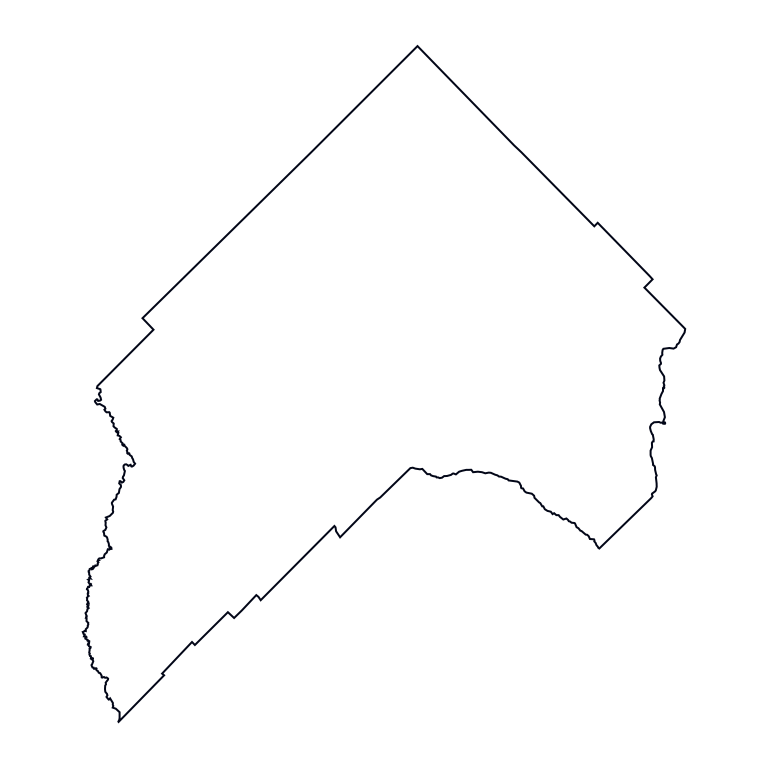 Coronel Pringles, Buenos Aires, Argentina
{"feature_id": "61730980B35069548895139", "entity_name": "Coronel Pringles", "entity_type": "district", "adm_level": 2, "iso_a3": "ARG", "parent_name": "Argentina", "parent_adm1": "Buenos Aires", "projection": "albers", "projection_center": [-61.45, -38.169], "detail": "fine", "context": "isolated", "style": "outline", "palette": "ink", "viewbox_px": 768, "rotation_deg": 0, "n_neighbors": 0, "source": "geoboundaries", "source_scale": "gbopen_adm2", "svg_char_len": 5974}
<svg xmlns="http://www.w3.org/2000/svg" viewBox="0 0 768 768"><path d="M685.2,328.9L644.4,287.6L652.6,279.3L649.5,275.9L597.7,222.8L594.3,226.3L521.2,152.1L514.1,145.4L417.5,46.1L311.6,151.9L142.5,318.2L153.5,329.7L97.4,386.1L96.9,388.1L100.3,389.2L100.5,389.8L100.7,392.1L99.3,393.2L98.9,394.4L100.6,397.6L101.1,399.8L100.3,400.5L98.6,400.9L98.1,400.9L97.4,399.4L96.7,399.3L94.9,401.1L95.3,402.2L97.2,404.5L99.8,404.0L104.7,406.8L105.4,408.7L104.4,409.7L105.5,411.4L106.6,412.3L109.3,412.2L109.7,412.6L110.2,415.9L113.3,417.7L112.7,419.5L111.6,421.1L111.9,421.9L113.7,423.5L113.5,426.3L114.8,427.6L116.8,428.9L116.8,430.0L115.8,431.1L116.1,431.6L118.0,431.5L117.4,432.5L118.3,432.8L117.7,435.4L119.4,435.9L120.9,437.3L119.7,439.1L120.6,440.0L120.7,441.5L122.6,443.3L122.2,444.2L122.5,445.1L123.2,445.6L123.6,444.7L124.3,444.7L124.6,445.8L126.8,448.0L127.4,449.2L126.8,450.7L127.2,451.2L127.3,453.3L128.0,453.8L128.9,453.2L129.3,453.4L129.7,454.9L131.7,456.4L132.4,458.5L133.0,459.2L133.7,461.9L135.1,463.7L133.5,465.7L131.9,466.6L131.3,466.4L130.6,464.8L128.3,465.9L127.6,465.1L126.2,464.3L124.8,464.5L123.8,465.4L123.5,466.1L123.6,467.9L124.2,469.9L124.9,471.0L123.9,475.5L123.1,476.5L122.7,478.0L124.3,480.3L123.3,481.9L121.9,482.6L120.5,481.2L119.7,481.2L119.2,483.4L120.8,485.0L121.0,486.2L120.9,487.1L119.5,489.1L118.9,492.9L116.7,494.7L116.5,496.9L115.6,499.4L114.1,499.7L111.9,502.7L111.9,503.7L113.1,506.6L112.7,510.1L113.2,511.6L112.9,512.8L109.7,516.0L105.9,517.5L107.2,519.4L105.4,520.7L105.4,521.8L105.7,522.5L105.5,525.3L106.4,527.4L105.3,529.9L103.4,531.1L103.3,531.7L104.0,532.9L104.3,535.6L106.5,536.7L107.1,537.6L107.7,539.8L107.6,541.3L108.3,542.1L108.9,544.1L108.9,545.8L111.3,547.6L111.5,548.9L110.9,549.0L110.2,547.7L109.5,547.5L109.7,548.7L109.3,549.6L107.8,549.3L106.8,552.5L104.7,554.3L104.1,555.9L104.1,557.3L101.0,558.4L99.3,558.4L98.5,559.1L98.0,560.1L98.6,560.4L97.9,560.7L97.5,561.4L98.4,562.4L97.7,563.4L97.8,564.2L97.5,564.9L98.3,565.4L97.4,565.2L95.6,566.0L95.2,565.6L94.1,567.2L93.9,566.4L93.2,566.3L92.6,567.4L92.7,568.2L92.0,568.1L92.3,569.2L91.8,569.3L91.5,568.3L89.7,569.0L89.3,570.7L88.6,571.1L88.7,572.1L89.1,572.6L89.2,574.7L90.5,576.6L89.7,577.5L90.3,578.3L89.3,578.0L89.4,578.9L88.2,579.6L88.9,580.0L89.1,580.8L88.5,582.3L90.0,584.5L90.8,583.9L91.0,584.1L90.7,584.6L91.2,585.4L89.7,585.5L89.2,587.0L88.0,586.9L87.6,588.1L87.0,588.7L86.9,589.3L87.9,590.1L88.3,591.6L88.0,592.5L88.3,593.0L87.7,593.7L87.9,595.0L88.6,595.9L87.8,596.3L87.4,597.4L86.9,597.8L87.2,598.8L87.0,600.3L88.2,601.7L88.6,603.2L87.7,603.0L87.1,604.3L87.9,605.0L87.5,606.2L88.3,606.0L87.9,607.5L88.6,608.1L87.4,609.2L87.1,611.2L85.5,613.1L86.3,615.1L86.3,615.8L86.7,616.1L86.3,616.5L86.0,617.6L86.5,617.5L86.6,618.0L86.5,621.1L88.3,622.9L88.1,623.6L88.3,624.6L87.7,625.7L87.8,626.7L87.4,627.6L85.8,629.2L85.8,631.1L84.5,630.9L83.8,631.7L82.8,632.0L83.6,634.0L84.7,634.5L84.0,636.3L85.9,636.4L86.4,637.0L85.3,637.6L85.3,638.6L87.4,639.7L87.4,640.6L88.0,641.0L88.5,640.7L89.3,641.2L89.0,643.6L88.2,643.5L87.8,644.7L88.7,645.3L88.9,646.1L90.7,647.1L90.4,648.1L89.6,648.4L89.5,648.8L89.7,649.7L89.2,652.7L89.8,653.5L89.4,654.3L90.0,656.0L90.8,656.1L91.1,657.3L90.8,658.6L91.6,659.2L92.3,658.1L93.0,658.4L93.0,658.8L92.4,659.4L93.3,661.2L92.0,664.5L91.5,665.0L91.6,665.6L92.5,667.5L93.7,667.7L93.9,668.7L94.7,668.8L96.0,668.2L96.5,668.5L96.2,669.3L96.6,670.3L98.0,671.2L98.7,672.7L100.2,673.2L101.6,675.6L101.7,677.4L102.2,677.6L104.0,677.0L105.1,677.8L106.6,677.5L108.1,678.6L108.0,679.6L105.7,682.6L106.0,684.3L105.2,685.6L105.0,689.1L105.3,691.8L107.0,693.9L107.4,695.4L106.5,696.9L107.1,697.7L108.7,699.6L109.1,699.5L110.1,698.4L112.9,703.0L112.8,704.8L113.3,705.9L112.7,707.6L115.8,708.7L119.6,712.2L119.6,718.0L119.3,719.8L118.4,721.6L118.6,721.9L164.1,675.3L162.1,673.6L192.0,642.0L194.9,645.0L227.9,612.2L234.1,618.0L241.8,610.5L256.3,595.1L258.5,596.9L260.7,600.2L334.4,526.0L335.5,527.3L336.1,531.3L340.1,537.3L377.0,499.6L380.2,497.5L410.4,468.1L412.8,467.7L415.3,468.6L419.9,469.3L422.3,468.9L427.2,474.1L430.0,474.1L431.1,475.4L433.1,476.1L436.0,476.6L436.6,477.4L438.1,477.4L439.7,478.1L442.0,477.7L444.1,476.1L447.0,476.0L451.0,474.9L452.7,473.6L453.6,473.5L455.9,474.4L459.1,471.7L462.0,470.8L466.1,469.9L471.3,469.8L473.1,472.2L477.9,471.7L482.0,472.2L485.3,473.3L488.8,472.6L490.9,472.8L495.1,474.7L497.5,475.4L498.9,476.5L501.1,476.7L505.5,478.7L507.7,479.2L508.6,480.4L517.4,481.6L519.3,482.6L521.0,485.9L521.1,487.7L521.4,488.2L523.1,488.5L524.6,491.3L526.4,492.6L531.8,493.7L534.1,495.7L534.5,497.8L539.1,502.4L540.3,503.1L542.2,506.3L543.3,506.3L544.8,509.2L547.5,510.9L550.8,511.7L552.6,514.1L554.1,513.2L556.3,515.1L558.6,515.1L559.9,516.8L563.3,519.5L566.4,518.5L568.1,520.0L568.8,521.2L570.2,521.6L571.5,522.7L574.4,523.0L575.0,523.4L576.6,527.2L578.4,528.2L580.4,530.7L581.5,531.0L585.7,534.6L587.2,534.8L588.7,536.2L589.9,539.0L594.0,539.3L594.5,540.3L594.3,541.4L595.6,542.9L596.5,545.2L597.8,546.7L598.3,547.8L599.3,548.5L651.1,498.2L652.6,496.4L651.9,494.4L652.1,493.6L655.2,491.3L655.8,490.4L656.7,486.8L656.6,483.3L655.9,477.3L656.7,475.3L656.2,474.5L655.1,469.9L655.0,467.2L654.6,466.2L653.0,464.9L653.1,463.9L651.9,458.1L650.8,456.1L650.6,454.9L650.6,450.6L652.1,447.2L651.9,442.9L652.7,441.5L653.6,441.4L653.7,439.3L652.8,434.7L652.2,434.3L650.8,431.0L650.1,428.2L650.1,426.9L651.3,424.3L654.0,422.3L659.1,422.0L660.5,422.7L662.2,422.6L663.1,423.7L664.9,423.8L665.2,423.2L665.0,422.5L663.6,422.0L663.3,421.3L664.9,417.2L664.0,412.0L659.8,404.4L660.1,402.7L659.6,400.4L659.8,399.9L659.7,398.6L661.5,393.9L663.0,391.1L663.0,388.2L663.9,388.3L664.3,387.8L663.8,386.2L664.3,385.8L664.3,385.1L663.5,382.8L664.4,380.5L664.1,376.4L660.0,370.1L659.5,367.8L659.3,365.4L660.9,363.9L661.0,363.1L660.2,360.8L660.1,358.5L660.9,356.5L662.4,354.8L662.2,353.0L662.6,350.0L663.4,348.8L669.3,348.0L673.6,348.6L676.1,347.2L677.0,344.5L678.4,343.6L679.6,342.0L680.0,340.0L684.6,332.5L685.2,328.9Z" fill="none" stroke="#020617" stroke-width="2"/></svg>